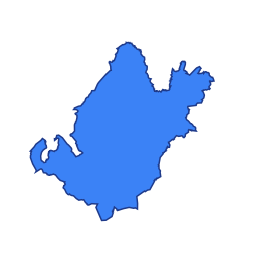 the district of Maravatío, Michoacán, Mexico, rotated 314°
{"feature_id": "50627088B79499737660914", "entity_name": "Maravatío", "entity_type": "district", "adm_level": 2, "iso_a3": "MEX", "parent_name": "Mexico", "parent_adm1": "Michoacán", "projection": "robinson", "projection_center": [-100.367, 19.89], "detail": "fine", "context": "isolated", "style": "filled", "palette": "blue", "viewbox_px": 256, "rotation_deg": 314, "n_neighbors": 0, "source": "geoboundaries", "source_scale": "gbopen_adm2", "svg_char_len": 5806}
<svg xmlns="http://www.w3.org/2000/svg" viewBox="0 0 256 256"><g transform="rotate(314 128 128)"><path d="M113.6,78.3L111.1,78.6L109.2,77.2L105.1,75.5L104.2,76.1L103.6,76.1L105.4,78.1L105.6,79.9L105.2,80.4L103.6,80.6L102.0,79.9L101.6,80.0L101.4,80.7L101.7,82.4L100.0,84.1L97.0,85.9L95.6,86.1L95.3,86.8L94.0,86.8L92.9,87.4L88.6,91.7L85.2,91.8L83.7,91.0L82.8,91.2L82.3,92.2L83.0,93.1L83.0,94.2L82.3,100.2L80.5,101.1L80.4,103.2L79.7,103.2L77.7,107.9L77.7,108.9L77.9,109.3L78.2,109.1L78.5,110.2L78.6,112.7L76.0,112.2L75.6,111.8L74.2,111.9L71.1,110.4L72.0,105.4L71.7,103.4L73.1,102.7L73.9,101.8L74.2,100.8L74.4,97.0L74.2,95.1L75.4,87.6L74.7,83.1L73.1,81.9L71.3,83.0L69.5,83.1L69.2,82.6L68.1,83.8L71.6,84.3L72.2,85.0L72.1,85.8L68.7,88.2L67.7,90.0L66.0,90.4L65.4,91.1L64.5,91.2L64.3,91.8L62.0,91.9L60.3,91.0L59.9,91.2L58.3,88.0L57.6,87.9L57.2,87.4L56.6,87.7L56.2,87.5L56.1,87.9L55.6,87.7L54.9,88.4L54.6,88.2L52.7,89.7L52.0,91.2L50.9,91.9L50.2,92.1L48.8,91.2L48.5,91.9L47.5,91.6L46.3,92.5L44.7,91.6L44.7,89.3L44.3,88.6L44.9,87.2L47.2,84.6L50.4,82.7L52.8,82.3L54.8,82.5L56.9,83.1L57.4,82.9L58.6,81.3L58.9,79.8L60.7,78.5L60.2,78.3L60.6,78.0L60.5,77.6L61.5,77.2L61.0,73.7L58.5,73.9L52.3,73.0L49.4,73.6L43.5,73.8L44.1,74.8L42.1,75.6L41.8,76.5L40.6,76.9L38.9,78.4L36.0,84.3L34.0,90.9L33.3,91.9L32.3,92.2L37.7,93.5L38.3,94.1L38.5,95.1L37.1,98.2L38.6,100.2L38.8,101.6L38.3,102.1L39.2,104.1L39.8,104.6L40.5,104.5L40.8,105.2L43.2,106.5L43.3,107.4L43.9,108.3L43.3,112.2L43.2,115.6L45.3,120.0L44.5,120.0L44.0,121.8L42.4,122.1L42.0,121.8L39.9,122.9L39.9,125.0L38.5,128.7L38.5,131.0L38.9,131.7L39.9,131.9L39.7,132.4L40.2,134.1L41.4,135.9L41.3,139.8L41.9,142.7L44.2,144.4L44.6,145.3L45.7,146.0L44.9,149.3L45.1,151.2L44.6,151.6L44.7,152.5L45.4,153.3L48.3,154.4L52.2,158.9L48.6,160.1L43.1,173.2L46.6,176.4L53.3,178.0L56.4,176.5L57.0,175.2L57.6,175.6L57.8,174.7L58.8,174.9L59.3,174.1L59.9,174.3L61.7,173.2L62.0,176.1L61.4,177.3L62.2,177.9L61.9,178.1L66.9,180.8L71.7,184.0L74.3,187.9L75.7,188.8L76.3,191.1L80.4,187.3L84.9,181.9L94.1,183.7L94.2,184.6L96.9,185.2L98.9,186.6L105.9,184.7L108.2,184.0L108.3,183.4L109.2,183.3L109.0,183.6L110.3,183.7L110.3,184.1L111.0,183.9L110.9,183.7L112.1,183.7L112.1,184.2L115.8,185.3L118.7,181.6L119.6,181.2L120.3,178.5L121.6,177.3L121.7,176.4L122.4,176.5L122.8,175.4L123.2,175.6L129.2,171.6L133.9,171.2L134.3,170.4L135.6,171.0L136.1,170.8L138.2,171.3L138.1,170.6L140.4,170.1L140.4,169.8L141.7,170.2L141.6,169.5L142.0,169.3L142.0,170.2L142.9,171.2L144.9,169.9L145.6,168.0L145.4,167.8L145.9,167.0L146.6,167.4L150.7,167.9L150.9,168.8L151.3,168.9L152.3,169.0L152.5,168.5L152.9,168.4L156.2,168.2L157.2,170.3L159.8,172.2L160.0,172.9L159.6,174.4L160.1,175.0L161.8,174.9L163.4,173.6L167.0,174.4L168.4,173.0L169.1,172.9L169.7,174.4L169.9,174.3L170.1,175.5L170.7,175.4L170.7,175.9L171.0,175.9L171.1,176.4L173.2,179.2L173.5,177.9L175.0,176.7L175.3,175.9L174.7,173.7L175.1,172.5L175.1,170.7L174.6,169.9L175.0,166.7L174.7,164.4L175.6,162.3L176.4,162.5L178.4,161.2L181.1,161.4L181.4,160.7L182.9,160.0L183.1,159.0L183.9,159.1L183.6,158.1L184.5,156.4L185.2,156.1L191.6,161.3L192.5,160.7L194.1,160.6L197.1,163.4L199.8,162.4L200.1,161.9L199.8,161.4L202.3,161.6L204.7,160.1L206.1,157.1L206.2,155.5L207.7,155.9L207.7,156.3L209.4,157.1L209.8,158.0L212.2,159.1L212.4,159.8L213.4,159.6L213.4,158.3L214.1,157.5L216.6,157.3L217.6,156.2L218.0,154.6L218.4,154.6L218.8,153.5L218.7,154.4L219.7,156.1L220.5,156.3L221.5,157.2L222.4,155.7L223.2,153.7L222.5,153.0L222.4,149.8L223.7,148.3L223.5,147.0L222.7,146.3L222.8,145.5L222.0,144.3L219.8,144.5L220.5,143.4L219.6,143.5L218.3,142.9L216.2,141.2L215.9,140.3L217.3,140.2L218.9,139.5L219.4,139.7L220.4,139.1L221.6,139.1L221.8,136.8L219.0,135.7L217.6,135.6L208.9,135.6L208.5,133.8L208.6,132.9L208.2,133.0L208.2,132.5L207.7,132.3L207.6,132.0L208.7,132.3L209.2,131.3L209.2,130.7L208.7,130.1L209.0,129.3L208.3,128.4L208.8,127.5L213.4,125.2L215.1,123.7L215.3,122.5L214.4,122.2L214.3,121.2L213.1,120.6L212.0,121.1L211.8,120.8L210.9,121.7L210.7,121.3L210.4,121.8L206.3,123.7L206.3,124.4L204.1,124.5L202.1,123.2L201.9,123.3L201.1,121.9L201.1,120.9L200.6,120.9L201.6,120.5L201.6,118.9L198.3,120.9L197.9,121.8L196.6,122.4L196.0,122.1L195.6,124.0L194.5,123.9L193.7,124.5L193.7,124.8L192.8,124.6L193.1,125.7L190.9,125.4L191.1,126.3L187.7,128.0L187.5,129.1L187.9,129.6L187.2,129.7L187.1,129.1L186.5,129.3L186.5,130.1L185.2,130.4L185.0,131.0L183.8,131.3L181.3,129.6L181.1,129.0L181.7,129.1L181.4,128.4L180.8,128.0L180.4,128.3L179.9,127.7L180.5,127.7L179.9,126.3L176.8,126.7L176.5,124.9L175.2,124.6L175.0,123.0L174.6,122.6L174.0,123.0L173.0,121.7L173.5,121.4L173.5,120.2L174.4,120.0L174.3,119.2L175.2,117.8L175.0,116.2L175.6,116.4L176.7,116.0L176.2,115.4L176.6,114.5L176.4,113.3L176.8,111.7L177.4,111.0L179.4,110.5L178.3,108.8L178.6,107.3L179.9,105.9L180.1,104.6L180.5,104.1L180.2,102.4L181.7,101.5L183.3,101.1L185.5,99.2L185.8,98.6L185.4,97.4L185.5,96.4L186.6,94.9L186.6,93.7L189.0,92.4L190.4,90.7L190.0,89.4L189.9,87.7L190.3,86.8L190.1,86.4L191.4,84.4L191.9,84.7L192.9,82.9L191.8,82.5L192.4,81.9L192.3,81.4L192.0,81.6L191.2,80.1L191.1,79.2L191.4,77.9L190.8,77.3L190.9,76.5L191.8,76.3L191.7,75.5L191.0,75.2L190.7,74.7L191.2,73.9L191.1,72.8L191.6,72.0L190.7,70.9L190.8,70.2L189.9,70.2L190.0,69.1L189.3,68.7L188.4,67.4L188.2,67.8L186.6,67.7L184.9,67.0L184.3,66.3L180.5,65.5L179.2,65.5L178.9,65.9L178.4,65.2L177.5,64.9L177.4,66.7L176.5,67.2L174.8,68.0L173.7,68.2L173.6,67.8L172.1,68.1L171.9,69.0L171.3,69.5L167.1,71.3L166.1,71.0L166.1,70.5L164.5,70.9L163.5,70.0L163.3,68.8L162.5,68.7L161.8,69.4L161.7,70.3L160.2,73.0L158.9,74.3L157.9,75.8L157.5,75.4L151.3,75.2L151.3,74.7L140.3,75.2L138.2,75.6L131.8,78.0L129.6,76.0L127.7,76.9L124.7,77.0L122.7,77.8L121.2,77.1L119.7,77.2L117.5,78.3L116.4,78.5L115.5,78.5L115.4,78.1L114.0,78.8L113.6,78.3Z" fill="#3b82f6" stroke="#1e3a8a" stroke-width="1.5"/></g></svg>